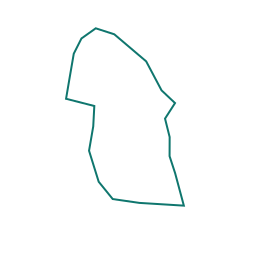 the district of Motides, Cyprus, rotated 38°
{"feature_id": "46923920B57620727838735", "entity_name": "Motides", "entity_type": "district", "adm_level": 2, "iso_a3": "CYP", "parent_name": "Cyprus", "parent_adm1": "", "projection": "albers", "projection_center": [33.21, 35.331], "detail": "fine", "context": "isolated", "style": "outline", "palette": "teal", "viewbox_px": 256, "rotation_deg": 38, "n_neighbors": 0, "source": "geoboundaries", "source_scale": "gbopen_adm2", "svg_char_len": 401}
<svg xmlns="http://www.w3.org/2000/svg" viewBox="0 0 256 256"><g transform="rotate(38 128 128)"><path d="M61.2,143.1L87.9,131.4L99.6,148.1L111.3,169.9L138.0,188.4L159.7,193.4L183.1,180.0L219.8,154.8L193.1,134.7L178.1,124.6L166.4,109.5L151.4,97.8L149.7,79.4L131.3,77.7L101.3,64.3L59.5,62.6L41.2,69.3L36.2,86.1L39.5,102.8L51.2,124.6L61.2,143.1Z" fill="none" stroke="#0f766e" stroke-width="2"/></g></svg>